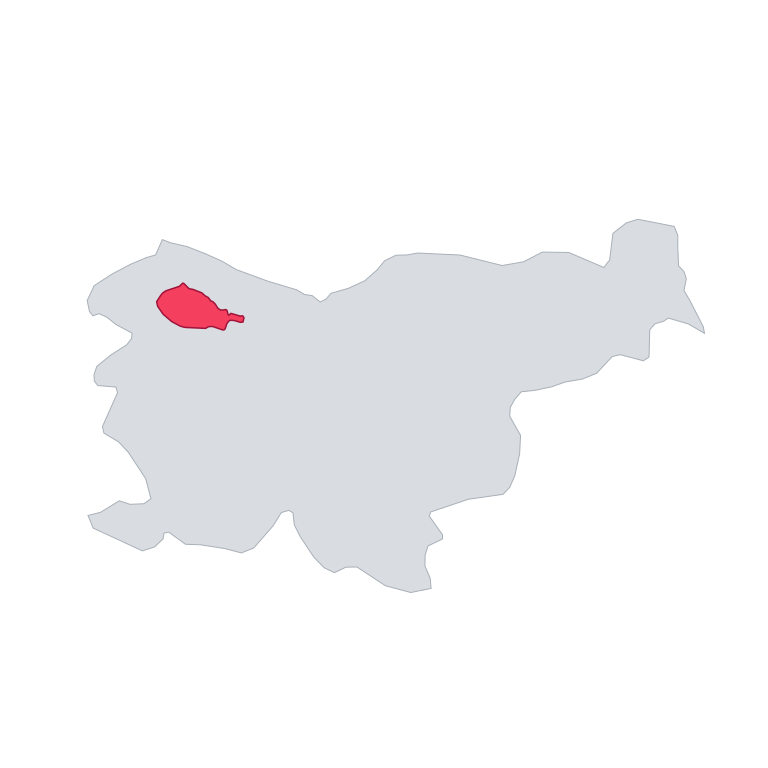 where Bohinj sits in Slovenia, rotated 10°
{"feature_id": "SVN-1009", "entity_name": "Bohinj", "entity_type": "Municipality", "adm_level": 1, "iso_a3": "SVN", "parent_name": "Slovenia", "parent_adm1": "", "projection": "albers", "projection_center": [14.006, 46.306], "detail": "fine", "context": "in_parent", "style": "filled", "palette": "rose", "viewbox_px": 768, "rotation_deg": 10, "n_neighbors": 0, "source": "natural_earth", "source_scale": "10m", "svg_char_len": 2430}
<svg xmlns="http://www.w3.org/2000/svg" viewBox="0 0 768 768"><g transform="rotate(10 384 384)"><path d="M690.8,278.4L673.3,272.0L652.4,269.7L648.6,273.6L640.3,277.7L636.3,284.6L640.3,311.4L635.4,316.1L611.6,314.1L603.9,317.4L591.5,336.5L578.5,344.7L561.8,350.7L549.5,357.7L533.9,364.0L520.6,367.8L515.5,376.1L512.4,385.2L513.4,393.9L527.4,410.9L529.7,429.2L528.7,451.7L525.8,463.8L520.5,471.9L487.0,482.9L452.2,501.9L451.5,506.2L467.8,522.3L468.5,526.4L455.4,535.9L454.2,545.3L455.9,556.1L463.1,567.1L465.9,577.1L446.6,584.7L420.3,582.4L389.1,568.9L378.3,571.0L367.9,578.4L357.1,575.4L345.2,566.9L328.3,549.2L320.1,538.3L316.7,526.6L312.1,525.0L305.2,528.4L299.6,542.6L284.2,568.1L272.9,575.1L255.5,573.7L231.3,574.2L216.3,576.3L197.8,567.3L193.3,569.0L193.3,574.9L186.4,584.2L175.1,590.3L122.6,576.4L115.3,564.9L127.1,559.6L143.6,545.0L154.7,546.6L168.4,543.6L174.4,537.4L165.8,518.7L144.1,495.7L132.6,487.0L116.8,481.1L114.1,474.9L123.1,438.8L120.5,433.6L102.4,435.2L98.2,431.4L96.8,425.1L98.1,416.5L110.3,402.5L123.8,390.1L127.5,383.1L127.0,377.6L109.8,372.0L99.4,366.3L91.2,364.2L85.5,367.4L81.4,363.8L77.2,353.3L81.5,337.5L97.1,322.9L113.8,310.0L128.3,300.6L136.6,296.6L140.7,280.3L149.2,282.0L166.3,282.9L185.3,286.7L203.1,291.2L218.7,297.0L251.5,302.9L281.4,306.4L290.4,309.7L297.8,309.4L306.9,314.3L312.2,310.5L316.0,303.9L332.2,296.0L347.1,285.7L357.5,272.7L363.2,262.5L373.4,255.1L384.3,252.9L394.3,249.2L436.4,243.8L479.8,246.8L500.3,239.4L517.0,226.6L541.8,222.6L543.1,222.4L580.4,231.1L583.1,225.4L584.7,222.9L583.3,195.9L594.7,183.2L605.4,177.7L642.4,178.4L647.5,186.6L649.8,199.4L653.6,216.6L659.9,221.2L663.5,227.9L663.2,239.9L670.7,248.6L688.5,272.2L690.8,278.4Z" fill="#d9dde1" stroke="#a8b0b8" stroke-width="1"/><path d="M234.4,347.4L231.9,348.2L225.4,347.5L223.1,347.7L220.9,348.2L219.5,350.3L218.7,352.2L218.1,356.6L217.6,358.1L216.0,358.8L205.0,357.1L201.1,358.1L198.7,360.2L178.6,362.8L175.8,362.7L172.9,362.3L164.1,359.4L154.3,353.6L147.6,346.8L145.8,342.4L148.7,335.5L150.2,332.8L153.0,330.1L165.6,323.3L168.3,319.6L169.5,319.8L175.5,324.0L179.5,324.0L188.9,325.9L192.2,328.1L196.0,329.4L198.9,332.2L201.1,332.6L203.6,334.3L204.8,335.5L205.9,336.9L207.8,338.6L210.6,339.5L212.1,339.2L213.8,338.7L214.9,338.2L216.2,338.4L217.2,339.9L218.3,342.6L219.2,343.2L221.0,341.0L230.5,342.1L231.6,341.7L232.9,341.5L233.6,341.8L234.6,343.2L234.4,347.4Z" fill="#f43f5e" stroke="#9f1239" stroke-width="1.5"/></g></svg>